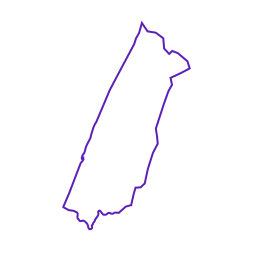 outline of Vatovavy-Fitovinany, rotated 189°
{"feature_id": "MDG-5882", "entity_name": "Vatovavy-Fitovinany", "entity_type": "Autonomous Province", "adm_level": 1, "iso_a3": "MDG", "parent_name": "Madagascar", "parent_adm1": "", "projection": "equal_earth", "projection_center": [48.052, -21.409], "detail": "fine", "context": "isolated", "style": "outline", "palette": "violet", "viewbox_px": 256, "rotation_deg": 189, "n_neighbors": 0, "source": "natural_earth", "source_scale": "10m", "svg_char_len": 1824}
<svg xmlns="http://www.w3.org/2000/svg" viewBox="0 0 256 256"><g transform="rotate(189 128 128)"><path d="M179.6,39.9L176.0,54.0L169.3,85.7L168.6,87.1L167.7,88.5L167.1,89.9L167.4,91.2L168.3,90.1L168.8,90.4L169.0,91.6L168.8,93.0L168.4,94.3L167.2,97.0L167.0,98.5L166.7,101.6L166.1,104.6L163.7,111.8L163.5,113.0L163.3,115.7L162.2,123.3L161.3,126.6L160.3,128.8L151.9,162.8L143.5,187.3L135.0,211.9L134.1,217.8L131.9,223.7L130.7,233.9L123.8,226.5L115.5,226.5L107.2,222.1L104.7,212.1L98.9,207.6L96.4,211.0L90.6,209.8L79.7,203.2L76.4,196.5L83.9,190.9L93.8,184.2L91.3,177.5L93.8,170.8L96.3,157.5L100.4,131.8L97.9,123.9L96.2,117.2L99.5,107.2L102.0,90.4L102.8,75.8L106.2,71.4L111.2,70.2L112.0,64.6L112.8,52.3L117.8,50.1L123.9,42.7L124.3,42.8L124.8,42.8L125.6,42.6L127.3,42.5L127.7,42.4L128.0,42.2L129.3,41.2L129.6,41.0L130.0,40.9L130.4,40.8L130.8,40.8L131.7,40.9L132.5,41.1L132.9,41.2L133.4,41.2L133.8,41.1L134.2,41.0L134.5,40.8L135.3,39.8L136.1,39.1L136.5,38.9L137.3,38.7L138.1,38.6L138.7,38.6L139.1,38.7L140.3,39.7L141.6,41.0L142.3,41.6L142.9,41.9L143.3,41.9L143.7,41.7L144.0,41.5L144.2,41.2L144.3,40.8L144.3,40.4L143.9,39.1L143.8,38.7L143.8,38.2L143.8,37.7L144.0,36.7L146.1,32.4L146.2,32.0L146.3,31.4L146.5,30.4L146.7,30.1L147.3,29.1L147.5,28.6L147.6,27.6L147.8,27.2L148.0,26.8L148.4,26.2L148.4,25.8L148.3,25.4L148.0,24.6L147.9,24.2L147.9,23.7L148.0,23.3L148.2,23.0L148.4,22.7L148.7,22.4L149.1,22.3L149.6,22.2L150.2,22.1L150.6,22.3L150.9,22.5L151.2,22.8L151.4,23.1L152.8,26.3L153.0,26.6L154.2,27.7L155.7,28.8L156.5,29.2L157.2,29.5L157.6,29.5L158.1,29.4L160.1,28.7L160.9,28.6L161.3,28.8L161.7,29.1L162.1,29.6L163.2,30.6L163.5,30.9L163.8,31.3L164.0,32.2L164.1,32.7L164.1,33.8L164.1,34.4L164.2,35.0L164.4,35.7L165.0,36.4L165.5,36.7L168.8,37.7L173.6,37.6L179.0,39.5L179.6,39.9Z" fill="none" stroke="#5b21b6" stroke-width="2"/></g></svg>